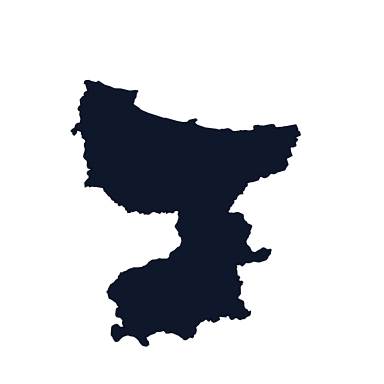 Nandayure, Guanacaste, Costa Rica, rotated 162°
{"feature_id": "36466004B45904534583509", "entity_name": "Nandayure", "entity_type": "district", "adm_level": 2, "iso_a3": "CRI", "parent_name": "Costa Rica", "parent_adm1": "Guanacaste", "projection": "mercator", "projection_center": [-85.275, 9.901], "detail": "fine", "context": "isolated", "style": "filled", "palette": "ink", "viewbox_px": 384, "rotation_deg": 162, "n_neighbors": 0, "source": "geoboundaries", "source_scale": "gbopen_adm2", "svg_char_len": 6012}
<svg xmlns="http://www.w3.org/2000/svg" viewBox="0 0 384 384"><g transform="rotate(162 192 192)"><path d="M302.3,98.8L302.0,97.0L300.9,96.1L298.5,95.1L297.9,93.3L296.9,91.9L298.5,88.4L298.1,84.0L302.4,85.4L303.6,88.2L304.6,89.3L307.8,89.2L309.5,88.6L310.2,87.4L312.6,81.5L312.6,80.3L311.7,78.6L311.9,77.5L311.0,74.0L309.8,73.3L308.1,73.4L305.2,75.1L302.5,76.2L298.2,76.3L296.5,76.0L295.6,74.9L292.1,73.2L289.9,70.9L288.1,67.3L287.7,65.0L286.3,61.8L283.5,59.9L282.5,59.7L280.5,60.4L280.0,63.1L280.9,64.7L281.2,68.3L277.4,68.9L276.2,69.5L271.2,69.5L269.0,70.7L265.5,69.4L261.3,69.4L260.0,66.0L257.9,65.3L255.6,65.1L253.8,64.4L248.2,59.5L247.6,58.2L245.7,56.0L245.3,54.6L244.2,53.8L242.2,53.8L240.0,54.7L238.3,54.9L236.8,53.5L236.0,53.8L235.4,54.3L234.9,55.7L234.3,56.2L233.0,56.3L231.6,57.8L230.7,59.7L230.7,62.0L229.9,62.9L226.7,64.3L224.4,66.0L221.5,66.0L218.6,67.0L217.2,67.0L216.3,64.6L215.7,64.2L213.5,65.3L212.8,64.2L212.7,62.8L211.6,61.6L209.4,61.6L205.4,62.5L205.5,65.3L204.0,65.5L198.3,63.0L197.8,64.1L196.4,63.9L194.5,62.6L194.6,60.1L193.7,58.8L191.9,58.5L190.6,59.2L189.0,59.3L187.5,58.4L186.8,56.9L185.4,55.9L182.7,56.2L181.9,55.7L180.8,55.7L179.1,56.7L175.3,57.2L174.5,58.0L173.5,60.3L175.6,60.1L176.1,62.6L178.0,64.5L178.2,67.8L177.3,70.3L177.3,72.2L180.9,75.6L181.5,75.7L181.5,77.9L177.6,80.4L175.7,86.9L174.5,88.4L172.9,88.9L172.9,90.0L171.9,90.4L171.9,91.0L172.5,91.7L174.7,91.9L174.9,93.2L176.1,94.0L175.1,94.2L173.3,95.9L173.5,97.0L174.9,98.2L175.0,99.5L174.0,102.8L174.0,105.5L172.8,106.9L173.1,108.4L172.7,109.2L171.6,109.4L170.1,108.5L168.9,109.1L167.1,106.4L164.6,107.4L163.4,108.3L161.5,108.4L160.9,107.8L158.9,107.2L154.2,107.4L152.6,106.3L149.7,104.9L142.7,104.9L140.6,106.1L139.5,107.7L136.6,109.3L136.2,110.6L134.9,112.4L134.9,112.9L135.3,113.2L138.0,113.3L141.0,116.5L142.5,116.6L144.7,115.7L146.5,115.6L149.9,114.7L151.8,114.9L154.1,117.0L154.5,121.5L156.3,124.6L156.5,125.5L156.3,128.6L153.9,131.2L152.7,131.8L151.8,133.6L150.6,134.1L149.5,135.1L149.0,137.8L147.9,138.4L147.7,139.1L146.1,140.6L146.2,141.9L149.3,144.5L149.8,146.8L151.3,148.6L151.4,152.1L150.7,153.4L150.9,154.8L154.4,157.9L156.3,158.5L159.4,158.6L161.2,159.7L162.9,159.8L164.4,162.0L164.1,162.6L161.9,164.1L160.7,166.3L159.2,166.6L157.6,168.1L155.8,169.0L155.2,171.3L154.3,171.8L152.4,171.8L150.3,174.3L147.5,175.6L144.4,175.0L144.3,177.2L142.4,177.6L139.7,180.8L138.4,180.7L137.9,181.0L137.3,182.0L137.5,183.3L136.9,183.7L134.4,184.0L130.6,183.3L125.2,183.3L122.7,185.9L120.9,185.6L119.4,183.8L118.2,183.3L115.6,183.4L111.8,185.5L110.3,185.5L108.7,184.3L106.4,184.3L105.4,184.9L96.9,184.6L95.2,186.6L92.4,188.5L92.3,195.0L87.8,195.5L85.8,196.0L86.1,199.5L85.3,203.9L84.4,204.4L83.2,204.4L81.9,203.8L79.3,204.0L78.9,204.3L78.8,207.2L75.7,209.1L75.7,209.7L77.0,210.8L76.6,212.1L75.5,212.6L72.0,212.7L71.5,213.1L71.4,215.8L72.8,217.5L72.6,219.4L72.2,219.4L72.6,223.6L82.8,224.9L83.4,225.3L85.5,225.3L91.9,226.8L93.0,227.9L93.3,229.9L93.8,230.7L96.8,231.6L104.3,232.4L105.1,233.1L107.6,233.6L108.0,234.6L111.5,235.4L112.4,235.4L113.1,234.6L113.1,233.0L113.6,231.9L115.5,231.6L118.8,232.1L122.8,234.0L125.4,234.3L126.7,235.2L128.9,235.1L130.0,235.6L131.7,235.7L134.5,236.7L136.9,240.0L138.8,241.1L142.6,241.4L144.1,242.2L147.1,242.2L149.4,243.8L159.7,248.6L166.3,253.6L168.1,256.0L168.2,257.4L167.8,258.1L165.3,259.0L165.5,259.8L166.0,260.2L172.3,260.8L174.1,259.8L175.4,259.6L179.4,260.7L184.5,263.5L194.1,269.9L196.2,270.6L209.5,280.2L214.7,284.7L216.1,286.4L217.0,288.3L220.4,292.4L221.0,293.5L221.0,294.4L219.8,295.6L218.4,298.1L216.2,299.7L214.5,303.3L212.6,304.7L212.9,305.2L215.3,306.0L220.0,306.9L228.2,311.9L233.9,313.9L237.9,317.5L242.1,320.2L246.8,326.0L249.3,325.3L254.0,328.2L255.5,329.7L258.4,330.5L259.7,330.2L260.6,328.5L259.5,328.0L259.7,319.8L262.1,319.9L263.1,319.6L264.1,318.6L264.6,316.0L266.5,316.2L269.6,314.2L270.6,309.4L271.1,308.5L272.7,308.1L274.5,306.2L274.4,304.9L273.2,303.6L273.2,302.9L274.6,300.5L274.7,296.1L276.5,292.5L276.9,292.1L280.0,292.3L281.8,291.5L283.2,289.3L284.1,288.7L286.3,288.3L287.9,287.4L287.8,286.8L286.5,285.8L286.8,284.5L287.2,284.2L286.5,282.7L284.0,284.0L283.3,285.4L282.3,286.3L280.9,286.0L278.5,283.7L278.3,282.6L278.9,281.6L279.0,280.8L278.4,279.7L279.4,277.8L277.3,275.2L276.9,272.9L279.1,271.0L279.8,269.2L279.9,266.3L280.4,264.6L283.2,260.6L284.0,258.8L283.5,257.0L281.9,254.6L282.0,252.6L283.3,249.4L283.2,247.1L280.7,245.3L280.8,244.0L284.4,243.5L285.6,242.5L285.6,240.9L285.2,240.7L284.7,239.7L285.0,237.5L285.5,236.8L287.4,236.0L291.0,233.7L291.7,230.1L287.9,230.5L287.8,228.9L285.2,228.7L282.6,227.4L281.5,227.2L274.7,223.6L274.9,220.1L273.7,218.7L273.8,217.7L272.9,216.5L272.4,214.4L271.2,213.4L270.1,209.3L268.3,208.0L268.3,206.0L265.6,204.5L265.4,203.6L265.8,202.8L265.5,201.7L261.8,201.7L261.6,199.7L260.0,198.1L260.3,195.7L258.9,194.3L259.2,192.5L257.3,191.9L254.8,192.8L254.4,191.8L250.7,192.0L248.8,189.9L248.1,188.1L246.8,187.8L245.0,188.1L244.1,186.9L244.0,185.9L242.0,185.5L240.8,184.7L239.5,184.5L236.4,185.7L233.9,185.6L232.0,183.8L230.9,183.4L229.6,182.0L228.9,182.0L227.1,183.1L226.3,183.0L225.0,181.3L223.1,181.9L222.2,181.8L222.6,179.9L220.6,180.3L218.5,179.6L217.0,178.4L215.8,178.6L214.7,179.8L212.4,179.6L211.3,179.0L210.2,177.3L211.9,174.9L211.7,172.6L212.5,170.8L215.0,167.3L217.8,165.2L218.5,164.1L216.6,157.9L217.4,156.4L217.5,154.6L215.9,152.4L215.9,151.5L216.7,147.9L219.8,143.9L220.9,143.4L222.6,143.4L226.5,141.5L230.7,140.7L232.2,139.3L233.1,137.0L235.6,135.7L236.9,135.7L239.1,136.6L240.9,136.9L243.8,138.5L246.7,138.2L250.6,139.2L253.2,138.7L255.0,138.0L256.3,136.9L259.3,135.8L260.9,136.1L263.0,135.5L267.2,136.4L271.3,137.8L272.8,137.3L273.9,137.7L276.2,137.6L278.8,136.7L281.8,136.8L282.8,136.3L284.9,136.9L285.9,135.4L287.9,134.3L288.5,132.5L290.1,131.6L291.1,131.6L294.5,129.4L295.7,129.4L297.0,128.7L297.7,128.9L301.3,125.4L301.5,124.5L303.6,123.2L303.0,121.8L303.4,116.7L301.6,115.2L297.9,110.2L297.6,107.3L296.6,106.1L297.4,104.7L299.8,104.0L302.3,98.8Z" fill="#0f172a" stroke="#020617" stroke-width="1.5"/></g></svg>